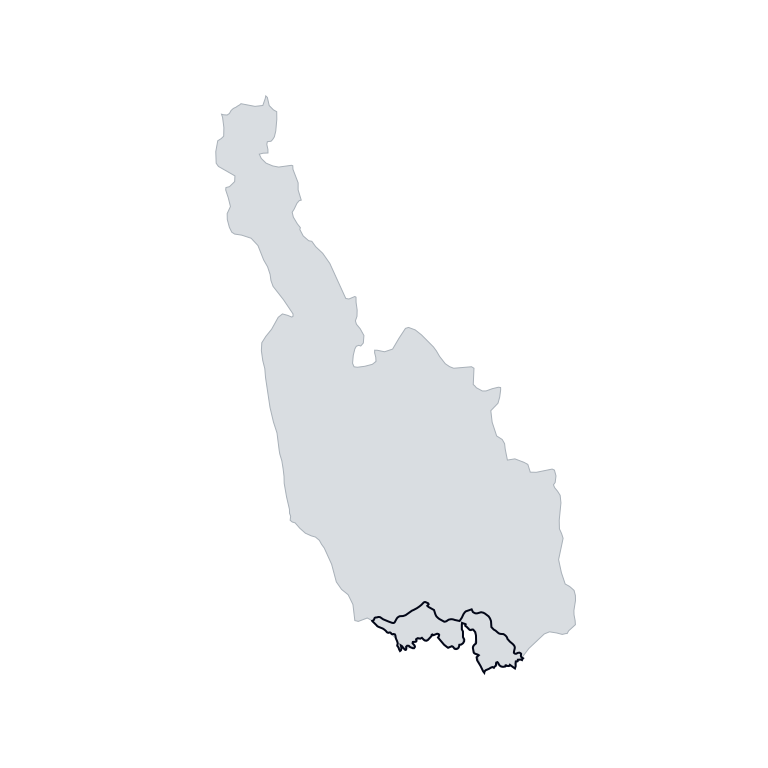 Burgenland on a map of Austria (Robinson projection), rotated 71°
{"feature_id": "AUT-2322", "entity_name": "Burgenland", "entity_type": "State", "adm_level": 1, "iso_a3": "AUT", "parent_name": "Austria", "parent_adm1": "", "projection": "robinson", "projection_center": [16.54, 47.475], "detail": "fine", "context": "in_parent", "style": "outline", "palette": "ink", "viewbox_px": 768, "rotation_deg": 71, "n_neighbors": 0, "source": "natural_earth", "source_scale": "10m", "svg_char_len": 6778}
<svg xmlns="http://www.w3.org/2000/svg" viewBox="0 0 768 768"><g transform="rotate(71 384 384)"><path d="M72.4,428.0L79.5,415.6L81.2,407.9L75.5,403.4L73.1,402.0L75.1,401.0L83.4,401.9L88.8,399.3L91.6,396.8L98.9,399.2L109.6,404.0L114.6,407.2L116.6,409.7L117.7,411.8L116.9,415.4L119.3,416.8L124.4,417.4L127.8,418.5L126.4,423.2L126.1,427.1L130.8,426.6L136.8,423.6L141.6,418.2L144.6,413.0L147.1,400.3L147.9,399.2L151.4,400.2L165.8,399.7L172.5,402.0L183.2,402.4L183.0,404.4L184.8,407.5L189.4,412.0L191.7,414.9L196.7,415.4L204.4,413.8L208.9,412.2L210.6,413.3L217.7,412.2L224.0,408.6L225.6,405.8L231.9,403.9L240.5,399.4L252.3,396.0L290.7,392.3L292.2,389.5L291.8,383.1L292.8,382.2L297.6,383.8L305.3,385.3L311.2,387.5L315.0,390.5L318.5,390.6L324.1,388.5L331.6,387.2L338.5,390.2L340.5,393.6L339.2,395.3L339.3,397.9L341.4,400.2L347.0,403.8L354.2,407.0L358.0,406.7L359.5,403.7L361.0,396.4L361.6,388.6L360.0,384.2L356.1,383.1L351.4,382.7L349.0,381.8L349.9,379.4L353.7,373.0L353.8,364.5L345.6,354.9L338.4,345.6L338.5,342.4L343.0,336.9L349.9,332.5L365.0,325.2L369.8,323.7L375.9,322.5L384.7,319.5L388.9,316.4L391.8,313.0L396.2,295.6L397.1,294.9L398.4,293.8L413.6,299.8L415.0,298.9L417.6,297.9L422.6,293.3L423.8,289.8L423.7,283.1L424.3,276.9L425.3,274.9L427.5,275.6L434.1,278.9L439.3,282.5L444.0,291.7L455.4,294.2L469.8,294.4L475.0,290.3L479.7,289.4L485.0,290.6L496.1,292.1L497.4,284.6L503.9,276.9L506.9,274.2L515.0,274.4L517.1,268.7L519.2,252.7L520.9,250.9L526.9,251.3L532.8,254.2L534.5,256.6L537.6,256.4L541.9,254.8L546.6,253.7L554.0,255.4L569.9,262.7L578.1,265.3L583.3,264.8L588.2,264.9L606.9,276.1L620.1,277.7L632.1,277.8L635.9,274.4L641.0,271.5L646.3,271.9L651.0,273.4L660.0,278.2L664.2,279.5L669.8,280.3L673.9,281.4L677.5,289.8L679.6,292.1L679.2,293.1L678.8,297.0L675.6,301.8L672.2,308.2L672.5,313.8L681.2,333.1L689.0,344.8L690.5,349.3L695.5,352.7L690.8,357.1L689.9,363.5L686.8,366.4L686.0,370.0L687.3,373.3L687.3,377.5L689.0,383.3L681.4,384.5L672.4,384.3L669.1,384.7L666.1,386.2L663.0,385.4L654.8,380.1L650.2,378.9L646.9,379.2L644.5,381.5L640.3,384.5L636.4,386.7L637.2,388.5L654.2,393.4L657.2,400.8L653.9,406.9L652.8,409.9L648.9,412.2L644.0,414.3L638.1,414.8L637.4,418.1L639.7,427.7L637.8,429.8L636.0,432.8L637.7,440.7L641.4,441.3L642.2,443.1L641.5,446.3L640.9,449.7L639.6,453.4L639.0,455.0L636.5,456.0L629.0,455.4L622.5,458.5L609.4,469.6L604.8,471.5L599.8,476.0L600.1,485.7L599.4,486.6L598.2,488.6L582.6,485.2L582.0,485.2L571.6,486.5L564.4,491.0L555.6,493.5L537.4,492.2L519.6,493.9L515.4,495.2L510.8,496.0L506.4,498.6L503.9,502.2L499.5,506.9L493.1,510.5L486.3,513.3L484.6,515.7L482.3,517.1L478.6,515.3L475.5,515.4L471.7,514.2L459.1,512.9L445.4,510.7L438.8,508.6L431.4,507.0L423.4,505.6L416.2,505.3L412.6,504.7L395.4,501.1L384.0,500.9L369.0,499.4L339.3,493.9L330.7,491.7L322.4,491.0L312.6,489.1L305.2,486.1L300.5,480.2L295.6,472.4L286.5,462.3L284.7,457.2L287.7,452.8L290.7,449.4L290.4,448.0L288.1,447.2L271.6,451.6L255.6,457.1L249.4,457.2L243.3,456.0L235.3,455.9L227.5,457.4L212.0,458.1L202.9,462.2L196.9,470.1L193.6,476.4L190.9,478.5L185.5,479.2L177.4,478.6L171.8,476.8L166.2,471.4L157.2,470.6L149.0,470.5L146.8,469.5L147.1,465.9L144.0,459.3L138.7,457.2L124.4,469.7L120.6,470.8L109.5,467.4L99.9,462.0L99.0,458.1L97.5,454.9L89.4,451.9L79.2,449.8L76.0,449.8L77.3,447.9L78.6,444.7L77.9,442.1L75.6,439.5L74.4,436.7L74.1,433.9L73.5,431.7L73.1,429.6L72.4,428.0Z" fill="#d9dde1" stroke="#a8b0b8" stroke-width="1"/><path d="M695.6,352.8L690.5,356.4L691.3,357.2L691.3,357.9L690.9,358.5L690.7,359.4L690.5,359.6L689.8,360.0L689.6,360.3L689.6,360.7L690.0,360.9L690.5,361.1L690.6,361.3L690.3,363.1L689.8,364.4L689.0,365.5L687.7,366.4L684.9,366.9L683.9,367.3L683.9,368.5L684.4,368.9L686.1,369.6L686.8,370.0L687.5,371.9L688.1,372.5L686.9,373.7L687.0,375.5L687.5,377.5L687.7,380.9L688.1,381.9L688.8,382.7L689.7,383.2L688.0,383.8L682.1,384.5L675.6,385.9L672.5,385.4L671.3,382.7L670.3,383.5L668.7,385.7L667.8,386.4L667.1,386.6L662.5,385.9L661.6,385.5L660.7,384.7L660.5,384.3L660.0,383.6L659.7,382.5L659.3,381.6L658.3,381.0L651.7,378.9L648.3,378.5L645.3,379.6L644.8,380.6L645.0,382.0L644.5,382.9L643.8,383.4L640.6,384.9L639.6,385.6L639.1,385.9L638.7,385.8L638.3,385.5L637.8,385.0L637.2,385.5L636.0,387.2L635.3,388.0L636.7,388.7L641.3,390.3L643.6,389.9L647.5,391.2L648.9,391.7L651.6,391.3L653.4,392.0L654.8,393.6L655.5,395.7L655.1,397.7L656.5,398.4L657.6,399.3L658.2,400.6L658.1,402.2L657.3,403.5L654.9,404.3L654.0,405.2L654.3,409.3L653.2,410.1L650.1,412.1L641.3,415.5L640.3,414.2L639.2,413.5L638.2,413.8L637.4,415.1L637.6,419.0L637.4,419.3L637.0,419.5L636.6,419.7L636.6,420.3L636.8,420.7L637.2,420.9L637.6,421.0L637.8,421.2L640.3,425.7L640.6,427.3L640.0,428.7L638.9,429.6L636.3,430.8L636.6,432.6L635.3,434.8L635.6,436.5L636.1,436.9L636.8,436.8L637.5,436.9L638.0,437.5L638.0,438.4L637.4,440.2L637.3,440.7L638.4,441.4L641.2,440.2L642.6,440.3L643.6,441.6L643.2,442.8L641.3,444.9L639.6,445.8L639.0,447.3L639.6,448.6L641.3,449.1L642.3,449.5L642.5,450.1L642.2,450.6L641.3,451.1L637.6,452.4L636.6,453.2L638.9,453.4L640.1,453.8L641.3,454.7L641.7,455.8L640.1,456.1L638.0,456.1L636.6,456.4L636.2,456.6L635.9,456.7L635.4,456.6L635.0,456.3L633.6,455.4L631.8,455.3L628.5,455.6L625.4,455.1L624.3,455.2L623.5,456.3L623.2,457.9L622.5,458.4L621.7,458.5L620.9,459.1L620.7,459.7L620.7,460.3L620.7,460.9L620.1,461.7L619.6,462.1L617.9,462.7L615.8,464.0L614.8,464.8L611.8,468.3L610.8,469.2L609.5,469.7L606.1,471.4L604.4,472.3L604.1,472.3L604.1,471.9L603.9,470.7L603.5,470.1L602.5,469.4L602.1,468.9L602.0,468.2L602.4,466.5L602.4,465.5L602.7,464.5L603.3,463.5L606.2,461.4L610.2,456.9L612.4,454.2L613.0,453.1L613.1,452.4L612.8,451.5L609.9,448.3L609.2,447.2L608.8,445.7L608.7,444.7L609.6,441.5L609.6,438.8L607.4,431.3L607.3,429.7L606.7,425.9L605.9,423.0L605.0,420.5L603.5,417.6L603.4,416.7L603.7,415.8L605.0,414.4L605.8,413.6L606.8,413.5L607.2,414.1L607.5,414.8L607.8,415.3L609.3,414.5L614.0,410.3L618.7,410.4L620.8,410.1L622.8,409.1L624.2,408.2L628.4,404.4L628.6,403.3L628.6,402.1L628.2,400.9L627.9,399.4L628.2,397.2L628.7,396.0L629.4,394.8L630.0,394.1L632.7,389.7L630.3,386.5L627.5,383.8L626.2,382.0L625.6,380.7L625.6,374.5L628.5,374.2L629.4,373.5L630.4,372.5L630.9,371.6L631.2,370.4L631.4,366.5L632.6,364.5L633.9,363.3L637.8,360.7L640.2,360.1L643.0,360.0L648.8,361.6L651.9,360.2L653.5,358.8L656.3,357.2L657.5,356.3L658.3,355.0L659.4,352.4L661.4,351.0L663.2,350.3L664.1,350.2L665.1,350.3L668.5,348.9L671.8,346.9L673.7,346.1L675.4,346.0L676.6,346.5L679.1,348.1L680.4,348.7L681.4,348.2L682.0,347.2L682.1,346.4L681.8,345.6L681.8,344.9L682.1,343.4L683.2,342.4L683.8,342.2L684.6,342.6L685.3,343.0L686.3,343.1L687.0,343.0L687.5,342.7L688.6,341.8L688.9,342.4L690.0,343.4L689.2,344.2L688.8,345.3L688.3,347.2L688.6,347.3L689.6,348.0L689.2,349.7L691.0,350.6L693.7,351.4L695.6,352.8Z" fill="none" stroke="#020617" stroke-width="2"/></g></svg>